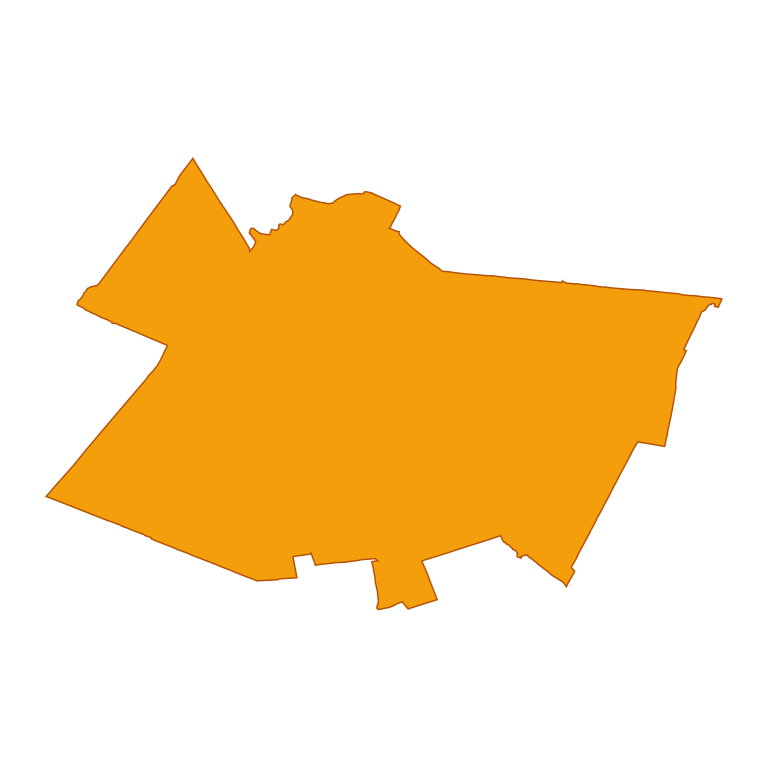 the district of Punghina, Mehedinti, Romania
{"feature_id": "2599482B36454738033803", "entity_name": "Punghina", "entity_type": "district", "adm_level": 2, "iso_a3": "ROU", "parent_name": "Romania", "parent_adm1": "Mehedinti", "projection": "robinson", "projection_center": [22.945, 44.308], "detail": "fine", "context": "isolated", "style": "filled", "palette": "amber", "viewbox_px": 768, "rotation_deg": 0, "n_neighbors": 0, "source": "geoboundaries", "source_scale": "gbopen_adm2", "svg_char_len": 6054}
<svg xmlns="http://www.w3.org/2000/svg" viewBox="0 0 768 768"><path d="M574.5,570.8L571.7,568.3L571.4,567.7L571.4,567.2L572.3,565.4L576.8,557.7L577.8,555.1L584.8,541.9L586.5,538.8L587.4,537.1L589.2,533.8L590.8,530.4L591.6,529.1L594.4,523.8L596.0,520.7L597.4,517.3L597.8,516.8L601.5,510.3L602.7,507.7L608.3,497.3L613.9,486.1L615.9,482.7L619.7,475.0L625.7,464.1L632.5,450.9L637.7,441.9L650.0,443.9L664.6,446.5L666.4,438.0L667.3,434.6L667.4,432.6L669.8,421.3L670.1,420.3L673.3,404.0L674.2,397.8L675.4,391.2L676.0,387.5L675.9,386.6L675.6,385.4L675.8,383.3L675.8,381.1L676.1,380.1L676.8,372.4L677.2,369.7L677.8,368.0L679.2,364.7L680.6,362.7L686.4,350.8L683.8,349.9L684.1,348.9L685.0,346.9L686.0,345.1L688.1,340.3L695.2,326.0L696.5,323.0L699.6,316.6L701.0,313.4L701.4,312.0L703.6,310.9L705.4,309.8L707.2,307.0L709.5,304.3L711.2,304.5L712.1,303.3L715.0,304.1L715.0,305.0L714.5,306.0L714.6,306.5L718.3,307.2L719.3,305.0L721.9,298.9L720.5,298.6L708.7,297.2L703.6,296.9L695.0,295.7L688.3,295.4L681.3,294.7L680.4,294.1L677.2,293.7L671.3,293.1L665.9,292.7L661.6,292.1L653.5,291.3L646.9,290.8L646.1,290.7L644.1,290.1L628.8,289.4L622.5,288.8L615.7,288.3L607.2,287.4L606.1,287.1L605.2,287.0L602.5,287.0L601.0,286.9L596.3,286.3L594.6,285.7L591.8,285.5L583.5,284.6L580.3,284.5L579.0,284.0L578.4,283.9L576.3,283.8L574.3,283.9L570.2,283.4L566.4,283.1L565.6,282.5L564.5,282.3L563.2,281.6L562.7,281.2L562.6,280.9L561.2,282.7L559.7,282.4L557.1,282.1L553.7,281.9L531.7,280.0L527.3,279.2L515.0,278.2L508.8,277.9L504.7,277.2L499.1,276.7L493.0,275.8L487.4,275.7L470.0,274.2L467.5,274.2L463.6,273.7L462.7,273.5L459.0,273.2L446.2,271.5L443.5,271.5L442.2,271.1L441.5,270.9L439.3,268.5L436.3,266.8L430.8,263.1L424.0,257.0L418.9,253.1L412.9,248.3L408.8,244.6L404.0,239.8L400.9,236.2L398.7,233.3L399.2,231.7L396.9,231.3L389.3,228.2L390.2,227.1L391.0,225.9L391.5,224.9L391.7,224.0L394.7,218.8L396.3,215.3L399.1,209.9L400.4,206.1L398.0,205.0L393.7,202.8L391.7,202.0L388.6,200.6L385.3,199.2L382.7,197.9L376.8,195.4L371.2,192.7L370.7,192.6L369.7,192.7L368.5,192.2L366.9,191.9L364.9,191.7L364.6,192.2L364.6,192.5L364.4,192.7L363.7,193.1L363.3,193.5L363.0,193.5L362.1,194.0L361.3,194.0L360.1,193.6L357.9,193.7L357.1,193.8L355.3,193.8L349.9,194.3L349.1,194.5L347.0,194.7L346.0,195.0L339.7,197.9L336.3,200.0L334.4,201.4L334.0,202.0L333.0,202.9L332.1,203.2L331.1,203.2L328.5,203.8L327.8,203.8L325.5,203.0L324.1,202.7L321.4,202.5L318.3,201.9L315.7,201.0L312.8,200.4L308.4,198.9L301.6,197.5L296.5,195.2L295.5,194.5L292.0,197.9L291.9,198.3L291.9,200.1L290.0,205.4L290.0,206.1L290.2,206.7L292.3,209.8L292.6,210.8L292.8,211.8L292.8,213.3L292.7,213.9L292.4,214.9L289.1,219.6L288.0,220.6L285.2,222.3L284.0,224.1L282.5,224.6L280.5,224.0L279.6,224.2L279.0,224.7L278.7,225.4L278.6,226.4L278.9,227.8L278.6,228.4L277.0,230.1L276.7,230.3L275.7,230.2L271.6,229.4L270.1,233.2L269.7,234.8L268.4,234.8L262.2,233.9L260.3,233.4L256.5,230.9L253.9,228.6L252.0,228.2L251.4,228.3L251.0,228.6L250.3,229.5L249.4,232.7L249.8,233.2L249.8,233.9L250.1,234.3L250.8,234.2L252.2,236.5L252.4,237.2L254.0,238.9L255.8,241.6L254.7,244.0L254.6,245.0L254.3,246.1L249.8,251.2L249.8,250.4L249.6,249.5L249.0,247.8L245.7,242.4L244.4,240.0L241.4,235.1L238.7,231.1L234.3,223.4L230.9,218.1L227.4,212.9L225.7,210.5L224.6,208.6L223.1,206.8L221.9,204.9L221.8,204.5L221.9,204.1L221.6,203.7L220.8,203.4L214.2,192.5L206.9,181.3L200.6,170.9L196.9,165.2L192.9,158.4L181.2,173.6L179.0,176.8L175.1,184.5L172.1,186.0L171.3,186.9L146.7,219.7L138.4,230.8L132.3,239.3L123.6,250.6L98.5,284.3L97.7,284.6L96.6,285.8L94.8,285.9L92.7,286.4L89.5,287.5L87.5,288.6L85.3,291.7L83.8,293.2L83.6,294.4L82.7,295.9L80.6,298.9L78.5,300.5L78.0,301.2L77.9,302.2L77.0,304.1L77.1,304.5L77.8,305.3L80.2,306.5L81.5,307.0L84.0,308.1L84.8,309.5L89.1,311.5L91.9,313.0L95.0,314.2L101.4,317.5L107.4,319.8L111.7,322.1L112.0,323.1L113.5,323.5L115.2,323.2L119.4,325.1L131.4,330.1L155.2,340.3L166.8,345.1L167.5,345.8L165.8,348.9L160.6,359.8L158.4,363.7L156.8,366.3L155.0,368.4L154.5,369.4L153.4,370.4L151.7,372.4L149.8,374.3L148.5,375.8L146.3,379.0L103.7,429.0L85.6,450.5L73.1,465.9L54.4,486.9L49.2,493.0L46.1,496.4L107.8,520.6L111.3,521.7L117.0,524.0L118.5,524.4L119.6,524.8L120.3,525.4L123.4,526.7L125.8,527.6L127.8,528.2L130.7,529.6L141.5,533.7L144.1,534.6L144.7,535.4L151.2,537.7L151.5,539.0L155.8,540.8L173.5,547.7L177.7,549.6L186.3,552.8L194.5,556.2L199.1,557.9L205.2,560.4L214.5,563.9L219.8,566.2L221.0,566.6L227.4,569.1L228.3,569.6L229.3,569.8L236.3,572.8L237.7,573.2L239.3,574.0L246.1,576.6L247.4,577.2L250.4,578.2L257.0,580.8L267.9,580.3L269.5,580.1L270.4,580.1L271.2,580.3L273.9,579.9L277.7,579.7L278.4,579.5L279.3,578.9L296.9,577.7L293.0,556.9L293.5,556.5L309.7,554.2L310.5,553.7L311.2,553.1L311.5,554.4L311.8,555.1L312.4,556.9L314.7,562.9L315.2,565.1L333.9,562.9L334.7,562.8L335.7,562.3L336.4,562.5L338.9,562.6L341.4,562.3L345.0,562.2L351.5,561.2L353.4,561.1L359.0,560.3L361.5,559.7L375.1,558.6L377.8,560.9L372.2,561.5L371.9,561.9L371.8,562.4L373.0,566.7L375.0,577.9L375.3,582.0L377.5,591.9L377.6,595.4L378.2,597.9L378.4,600.5L377.9,603.9L376.8,607.3L376.9,608.3L378.7,609.6L379.0,609.3L380.6,609.2L386.3,607.9L388.4,607.6L389.8,607.2L393.8,605.6L395.6,604.4L402.1,601.7L408.1,608.9L437.2,599.6L430.5,582.4L427.2,573.5L423.2,564.3L421.8,561.3L422.0,561.1L424.6,560.0L445.3,553.6L462.7,547.9L478.9,542.8L485.9,540.5L491.5,538.8L499.7,535.9L500.8,535.9L501.3,537.2L501.8,538.6L502.9,540.9L503.5,541.7L504.0,541.9L505.6,542.9L505.5,543.2L506.5,544.1L507.4,544.5L509.6,545.4L509.9,546.1L510.7,547.1L511.6,547.8L512.5,548.8L512.5,549.2L513.2,549.6L513.6,549.5L513.9,549.9L514.9,550.1L515.3,550.7L516.1,551.2L516.7,551.9L516.9,552.9L517.1,553.1L517.7,553.2L517.7,553.5L517.4,554.0L517.3,554.9L517.0,555.1L517.2,556.4L517.7,557.0L520.4,557.8L520.6,557.8L520.8,557.6L521.0,557.7L521.1,558.0L521.4,557.6L521.4,557.2L520.9,556.5L521.0,556.4L526.3,554.8L529.4,557.3L533.0,559.9L535.4,561.9L536.7,562.8L538.3,564.4L548.0,571.8L551.5,574.9L555.5,577.5L562.3,581.7L563.8,583.0L566.4,586.7L567.8,583.6L574.6,571.7L574.5,570.8Z" fill="#f59e0b" stroke="#b45309" stroke-width="1.5"/></svg>